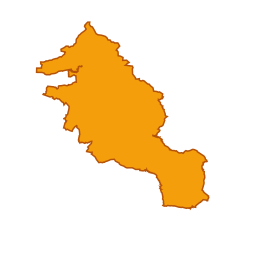 outline of Letterkenny Lea-7, Donegal, Ireland, rotated 229°
{"feature_id": "5873133B45829912982707", "entity_name": "Letterkenny Lea-7", "entity_type": "district", "adm_level": 2, "iso_a3": "IRL", "parent_name": "Ireland", "parent_adm1": "Donegal", "projection": "orthographic", "projection_center": [-7.823, 54.956], "detail": "fine", "context": "isolated", "style": "filled", "palette": "amber", "viewbox_px": 256, "rotation_deg": 229, "n_neighbors": 0, "source": "geoboundaries", "source_scale": "gbopen_adm2", "svg_char_len": 5898}
<svg xmlns="http://www.w3.org/2000/svg" viewBox="0 0 256 256"><g transform="rotate(229 128 128)"><path d="M45.2,104.1L45.1,104.6L43.8,105.7L43.5,107.1L41.5,108.8L41.3,109.4L39.2,111.3L39.3,111.4L38.9,111.9L35.0,114.4L33.0,116.2L32.6,117.0L29.1,119.4L29.0,119.9L27.3,121.6L27.5,121.7L26.8,122.7L26.2,122.3L26.4,123.3L26.7,123.2L26.4,123.9L26.6,124.5L25.8,124.8L26.6,125.4L25.1,125.9L23.8,127.0L24.9,128.0L24.7,133.3L24.3,134.0L24.6,135.0L24.4,136.6L24.6,137.7L22.8,139.3L23.1,139.5L22.6,139.4L21.9,140.1L21.4,139.8L20.9,140.4L22.0,141.9L22.4,143.2L23.6,143.6L23.7,144.1L30.0,143.0L30.7,143.5L32.5,143.1L35.8,148.3L36.7,149.4L38.8,150.8L40.1,153.3L42.2,154.9L43.1,155.1L45.2,157.0L46.6,156.5L47.3,156.9L47.2,157.6L48.6,157.6L48.4,157.2L48.5,157.1L50.9,159.0L51.2,159.9L50.8,160.3L51.7,161.6L52.4,161.6L52.7,162.2L52.1,162.9L52.4,163.9L51.5,164.6L50.9,165.7L52.0,166.2L53.5,165.9L55.1,166.7L57.0,166.9L64.5,164.8L65.6,165.1L68.6,163.6L69.6,162.5L70.1,160.4L71.0,158.5L71.9,157.4L72.9,156.9L73.1,155.4L72.7,153.2L72.8,152.9L74.1,152.4L75.1,150.7L76.3,149.9L79.1,149.5L79.3,148.8L80.4,148.3L82.2,146.4L83.1,146.2L83.3,145.8L84.6,145.8L84.6,145.3L85.2,145.7L87.5,145.6L90.9,144.2L92.1,144.7L94.6,144.6L95.1,145.2L96.6,144.7L97.1,145.1L96.7,146.0L97.2,146.2L99.1,145.5L99.9,145.5L100.2,146.0L100.7,145.0L101.3,144.6L101.2,144.9L101.5,145.0L101.8,144.5L102.2,144.4L101.9,144.0L103.1,143.7L103.4,144.2L103.8,143.6L103.2,143.1L105.8,141.7L106.1,142.0L104.9,142.6L103.9,145.4L104.6,146.0L104.9,146.9L104.9,149.6L105.4,150.6L107.3,150.0L107.1,150.5L107.6,151.0L108.0,152.6L107.9,153.3L107.2,154.5L107.2,156.4L109.7,160.8L110.7,161.2L111.1,161.8L111.0,165.1L111.9,164.5L113.0,164.4L114.6,165.5L117.4,166.5L118.2,167.4L119.7,166.9L121.1,168.0L121.4,167.7L121.7,168.2L121.8,167.9L123.0,168.4L124.5,168.0L126.0,169.2L128.0,168.9L128.7,169.4L129.1,169.2L129.1,169.6L129.5,169.8L128.6,170.4L128.2,171.5L128.4,172.7L127.9,172.9L128.1,173.2L127.8,173.3L127.9,174.1L128.3,174.8L128.5,174.4L129.6,174.7L130.9,176.5L134.5,175.5L135.2,174.3L136.6,173.7L139.0,171.5L141.9,173.2L145.6,172.6L147.0,172.8L148.4,171.7L153.2,171.0L154.2,170.3L154.6,169.1L155.6,168.2L156.8,168.0L157.8,168.9L158.9,167.0L160.1,165.9L161.1,166.6L165.8,166.9L169.8,170.1L170.2,171.3L171.8,171.9L177.0,167.3L176.9,168.0L177.2,169.7L176.7,171.8L180.1,171.4L182.5,168.4L184.5,170.5L187.2,169.4L189.0,168.0L191.9,170.4L193.4,170.6L194.3,170.1L194.7,170.8L195.3,175.5L198.9,176.1L201.0,173.6L202.3,173.5L203.7,171.8L206.1,172.2L207.5,170.7L210.0,171.3L212.2,170.9L215.5,168.8L218.0,166.5L220.1,165.8L226.1,167.2L228.1,167.3L229.1,166.5L231.5,166.8L233.0,168.6L234.3,167.1L234.2,164.7L233.7,163.6L234.0,163.3L233.3,161.9L230.1,161.3L229.8,159.2L230.2,154.9L230.0,153.4L230.2,151.5L229.5,150.1L228.9,147.2L226.5,144.8L226.2,143.6L226.6,142.2L226.1,141.4L225.9,140.1L227.1,138.4L227.1,137.1L227.5,136.5L228.9,136.6L230.4,135.0L230.5,132.7L231.4,129.1L229.8,128.0L226.6,130.5L226.3,130.4L226.4,129.6L225.3,128.7L225.5,127.1L225.3,124.4L226.3,123.5L226.8,121.9L226.9,120.0L227.5,119.6L229.0,116.5L229.3,114.8L230.7,113.1L231.2,111.5L232.4,110.1L232.2,109.8L233.1,107.5L235.1,105.4L233.5,104.2L232.0,104.6L231.2,103.1L230.0,102.0L233.1,98.4L230.0,95.5L226.2,99.7L224.4,100.7L223.1,100.6L221.9,101.2L219.4,104.1L219.2,105.6L217.1,108.7L216.5,110.5L216.3,112.8L214.6,115.5L213.8,116.0L213.8,116.4L212.7,118.5L209.6,123.7L208.9,123.3L205.8,123.9L205.5,125.2L204.3,125.9L203.9,127.4L205.8,128.1L205.8,128.5L205.4,128.9L205.4,129.4L206.8,130.8L206.5,131.9L205.1,132.9L205.2,133.8L204.2,133.9L205.1,133.7L204.9,132.9L206.5,131.7L206.7,130.7L205.2,129.5L205.2,128.9L205.6,128.2L204.7,128.2L203.6,127.5L203.7,125.5L204.4,125.2L205.5,123.8L207.4,122.4L209.3,122.4L210.6,120.5L208.5,119.4L207.9,118.5L206.8,118.2L206.8,117.8L205.7,116.9L204.3,118.2L203.6,122.1L202.1,122.4L201.6,122.9L196.5,119.1L197.4,118.3L198.2,115.7L197.8,114.4L198.9,112.1L199.7,111.6L199.4,111.0L199.8,110.5L199.8,109.8L202.1,108.1L203.8,105.2L205.1,103.6L205.2,103.0L203.9,101.4L203.9,100.4L204.5,99.9L205.8,100.3L206.3,100.1L206.5,99.5L207.7,99.0L212.1,94.9L211.7,94.4L211.9,93.6L211.5,92.6L209.4,90.9L209.3,90.0L208.1,89.2L207.9,87.8L209.3,86.7L209.0,85.9L202.6,89.5L201.6,91.2L200.4,91.6L199.7,91.3L199.8,90.8L197.9,91.2L197.4,93.6L195.9,94.1L195.2,95.1L190.9,95.3L189.7,96.0L187.4,94.8L187.9,97.7L182.9,97.7L181.2,96.0L178.0,91.5L177.8,90.8L178.5,89.7L177.6,89.2L176.8,87.9L177.3,85.2L176.4,86.4L175.8,86.5L174.4,85.8L173.8,86.4L173.3,85.7L173.4,85.0L173.0,84.5L173.2,83.9L170.3,79.5L169.3,80.3L167.2,80.0L167.0,81.3L164.0,82.5L162.2,83.7L163.0,85.2L163.7,88.2L163.6,90.7L163.2,90.8L161.9,89.7L159.1,90.2L157.5,89.3L154.6,87.2L154.0,85.9L153.3,85.6L153.3,85.1L151.4,82.7L150.9,82.9L150.1,82.0L148.6,81.9L148.8,82.2L147.8,82.9L147.9,83.2L146.9,84.3L144.8,85.3L144.6,85.9L144.8,86.6L143.2,87.6L143.0,88.9L142.7,89.3L142.1,91.5L141.7,91.9L140.3,90.1L140.5,88.7L140.0,87.6L140.2,86.3L140.0,85.1L138.9,85.2L138.3,84.6L137.8,81.8L137.4,81.3L133.9,84.0L133.3,85.0L132.4,84.3L132.4,83.3L127.8,84.2L124.8,83.5L121.0,83.3L120.1,84.8L118.5,86.1L118.3,87.0L117.6,87.8L117.4,89.2L116.6,90.8L115.5,94.3L113.3,97.2L111.2,96.8L107.4,98.3L106.5,97.9L104.9,98.2L101.8,99.9L100.0,100.3L98.7,101.0L95.1,105.2L91.7,106.6L89.1,109.8L88.2,109.1L85.7,111.3L85.1,112.6L84.3,112.9L84.9,113.4L85.3,113.2L85.3,113.5L84.7,113.9L84.6,114.5L84.3,114.2L84.5,113.8L83.8,114.1L84.3,114.8L83.3,114.4L82.9,114.8L82.5,114.4L82.3,114.9L80.8,114.8L80.7,115.6L79.8,115.4L79.4,115.9L78.8,116.0L78.7,116.7L77.1,117.2L76.8,117.8L74.2,118.5L73.0,118.4L71.9,117.1L71.0,117.4L69.6,117.0L68.8,117.1L68.3,116.6L67.3,117.0L66.4,116.3L64.8,116.1L64.6,115.4L62.7,115.7L62.7,114.8L62.4,114.1L62.8,113.8L61.9,113.7L61.7,112.5L60.4,112.8L60.6,112.6L60.3,112.6L60.1,112.1L57.5,111.0L56.6,111.1L52.8,108.9L51.7,107.5L50.6,107.4L48.8,106.3L48.5,105.7L47.0,105.1L46.7,103.5L45.2,104.1Z" fill="#f59e0b" stroke="#b45309" stroke-width="1.5"/></g></svg>